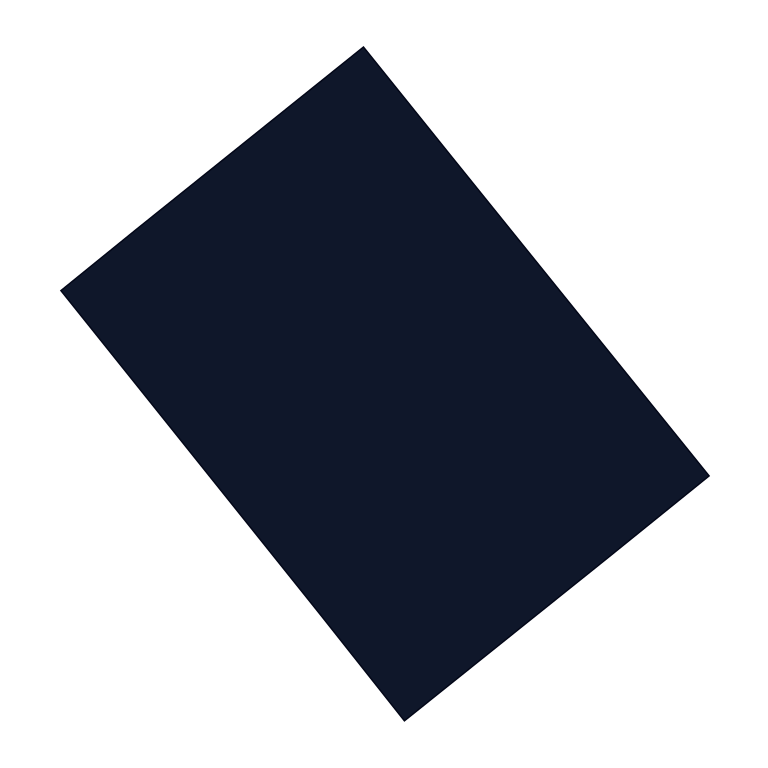 the district of Pulaski, Indiana, United States of America, rotated 51°
{"feature_id": "52423323B65186768843846", "entity_name": "Pulaski", "entity_type": "district", "adm_level": 2, "iso_a3": "USA", "parent_name": "United States of America", "parent_adm1": "Indiana", "projection": "natural_earth1", "projection_center": [-86.673, 41.041], "detail": "fine", "context": "isolated", "style": "filled", "palette": "ink", "viewbox_px": 768, "rotation_deg": 51, "n_neighbors": 0, "source": "geoboundaries", "source_scale": "gbopen_adm2", "svg_char_len": 278}
<svg xmlns="http://www.w3.org/2000/svg" viewBox="0 0 768 768"><g transform="rotate(51 384 384)"><path d="M658.6,580.1L659.9,319.5L660.0,189.2L246.9,188.4L109.2,187.9L108.0,479.4L108.1,576.3L524.0,578.6L658.6,580.1Z" fill="#0f172a" stroke="#020617" stroke-width="1.5"/></g></svg>